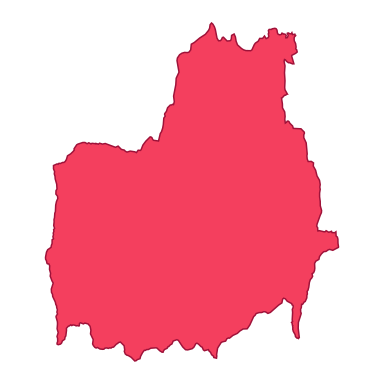 Colta, Chimborazo, Ecuador
{"feature_id": "8360857B90964740580974", "entity_name": "Colta", "entity_type": "district", "adm_level": 2, "iso_a3": "ECU", "parent_name": "Ecuador", "parent_adm1": "Chimborazo", "projection": "equal_earth", "projection_center": [-78.852, -1.798], "detail": "fine", "context": "isolated", "style": "filled", "palette": "rose", "viewbox_px": 384, "rotation_deg": 0, "n_neighbors": 0, "source": "geoboundaries", "source_scale": "gbopen_adm2", "svg_char_len": 5885}
<svg xmlns="http://www.w3.org/2000/svg" viewBox="0 0 384 384"><path d="M57.2,344.3L58.3,344.7L60.5,344.1L61.6,343.0L62.4,340.9L64.7,339.3L65.0,337.2L65.8,336.0L66.5,330.4L66.4,328.3L68.3,326.2L69.4,325.9L70.8,324.8L71.8,325.6L72.9,324.9L75.1,325.3L76.1,325.9L77.3,325.6L79.0,326.0L79.3,325.7L79.5,323.4L80.5,322.8L83.4,323.9L84.9,323.1L88.0,323.9L90.1,326.3L90.9,330.2L90.5,333.9L93.2,339.6L92.6,343.9L93.4,345.6L94.9,347.4L96.1,348.0L97.5,347.5L100.0,349.0L102.7,349.3L103.9,349.2L104.9,348.2L106.8,347.9L108.3,348.4L109.8,347.8L111.0,348.1L112.1,347.3L113.6,347.1L116.5,344.0L117.7,343.5L118.4,342.6L120.4,342.0L124.1,345.7L124.7,349.8L124.3,351.4L125.3,354.0L126.9,355.2L128.2,355.5L131.2,357.3L134.8,361.0L136.3,360.6L137.3,359.6L140.0,358.7L140.6,356.3L142.5,352.7L144.3,350.3L145.4,350.4L146.5,349.6L148.4,349.5L150.8,348.2L156.1,347.8L157.0,348.1L159.8,350.8L162.0,352.2L163.1,352.2L163.4,351.1L164.5,349.5L167.1,348.3L168.1,346.6L168.8,346.5L170.4,344.8L171.9,344.0L173.2,341.0L176.9,339.7L178.4,340.4L182.7,346.9L185.5,349.7L187.7,349.9L192.2,348.7L193.9,347.2L195.8,343.7L196.9,343.2L198.5,344.1L201.0,346.6L202.2,347.2L203.3,349.8L204.4,350.7L208.4,349.6L209.1,351.1L210.5,352.3L211.6,354.7L213.5,356.2L213.8,357.5L216.5,358.2L216.8,356.1L216.6,354.5L217.6,348.1L221.1,342.6L222.3,341.9L225.6,341.1L226.9,338.7L228.5,337.9L229.2,338.2L230.0,337.8L232.9,335.4L237.3,333.4L240.0,330.9L243.1,329.0L247.2,328.8L249.8,325.0L253.7,316.5L255.0,315.4L256.2,313.5L259.1,312.6L261.8,312.5L263.7,311.7L265.4,311.8L267.9,313.4L270.4,312.4L278.6,305.1L281.9,302.9L282.6,299.2L283.7,298.2L285.4,298.9L287.2,301.2L291.7,303.6L292.1,304.9L293.0,305.4L293.2,306.4L293.0,307.8L292.3,309.3L292.6,312.4L292.2,320.1L292.6,321.4L291.5,322.4L292.2,323.4L292.3,325.1L292.8,325.7L292.6,326.9L292.9,327.8L292.7,329.0L293.3,331.4L295.1,334.6L295.5,336.7L297.1,338.2L298.0,338.0L298.4,338.5L299.3,337.5L298.2,328.2L298.4,322.4L301.0,314.2L301.2,313.1L300.7,312.2L300.6,309.2L301.3,307.7L301.6,304.3L302.6,304.3L304.2,302.0L305.2,301.5L306.8,297.9L306.9,295.1L307.4,294.0L307.1,291.4L308.0,290.2L308.8,287.2L309.4,282.4L310.4,279.4L311.4,278.5L312.6,276.4L312.1,273.7L313.6,272.7L314.5,270.6L314.8,268.3L314.6,263.6L314.9,262.8L315.9,261.1L318.9,259.4L319.5,256.6L321.4,253.9L323.7,251.7L326.0,251.4L328.3,249.8L329.6,249.4L332.8,250.3L338.4,247.4L338.5,246.7L338.0,243.4L337.9,239.2L337.4,237.1L336.1,236.0L335.9,231.8L334.7,232.7L332.0,232.6L331.5,231.3L328.8,232.3L326.1,230.7L325.4,231.6L324.2,231.8L319.0,230.6L318.0,231.0L317.7,230.1L317.7,227.8L316.7,226.2L317.1,224.0L320.2,215.3L321.4,212.7L321.6,210.5L320.3,205.8L320.2,201.3L319.6,196.8L319.6,193.0L320.2,189.3L319.8,187.1L320.2,184.7L320.0,183.2L319.5,180.3L317.0,175.9L315.6,170.2L313.3,166.1L313.5,162.9L311.3,161.4L308.2,161.5L307.2,159.0L306.9,155.8L307.2,154.0L306.2,142.9L303.8,137.7L303.8,134.7L304.4,133.4L304.3,132.2L301.0,128.8L293.3,128.4L292.6,126.0L289.7,123.1L289.3,122.1L288.5,121.2L287.3,121.1L286.5,122.3L285.3,123.1L284.8,119.3L285.1,116.4L284.7,111.9L282.5,107.9L282.4,103.9L281.5,98.0L282.2,97.8L284.5,95.3L285.8,95.1L286.6,94.1L287.4,94.1L285.0,89.8L284.7,87.6L285.0,80.8L284.5,72.8L285.0,65.9L284.1,61.3L284.5,59.5L285.4,59.8L286.4,61.2L288.4,62.7L289.9,62.8L292.6,63.9L293.9,63.8L291.6,55.9L291.9,55.3L295.7,53.3L297.2,52.0L296.7,49.8L295.7,48.8L296.1,47.1L295.6,43.6L294.3,40.9L294.1,38.9L294.3,37.1L295.7,35.6L295.5,35.2L294.9,35.2L294.8,34.2L292.5,34.6L291.9,32.7L291.2,33.8L290.1,33.8L288.1,32.9L287.3,33.3L288.2,35.3L287.4,37.6L285.9,37.9L285.7,36.9L286.2,35.7L285.7,34.5L284.3,34.0L283.8,34.2L282.6,33.3L282.2,33.7L281.7,33.4L281.4,34.4L280.8,34.6L279.4,34.8L278.0,34.1L277.4,32.8L277.0,30.1L276.1,28.7L274.9,28.3L272.1,28.8L271.6,29.4L269.2,29.4L268.4,30.4L268.8,33.1L268.4,33.4L268.3,34.1L268.8,36.3L268.1,37.7L266.1,38.6L264.5,36.0L262.6,38.4L259.7,38.4L258.2,41.2L255.4,43.1L254.3,44.6L251.9,49.9L250.7,50.7L245.9,50.6L243.5,49.8L241.5,48.5L237.5,44.9L236.1,41.2L235.4,36.9L234.1,34.0L231.6,35.4L231.3,38.7L230.8,40.2L230.0,40.8L227.1,41.0L223.4,37.2L222.4,37.5L221.4,39.7L220.3,40.7L218.5,40.7L217.0,38.1L215.3,29.4L214.4,26.8L212.9,24.2L211.5,23.0L210.1,24.7L209.6,28.2L208.6,30.3L205.4,34.3L199.7,38.0L194.3,42.5L191.3,44.2L190.7,49.9L188.9,52.2L187.3,52.6L184.6,52.4L181.9,53.2L179.6,54.7L177.4,58.0L177.0,60.6L179.0,72.2L176.2,78.2L175.8,84.7L173.6,96.1L174.3,101.7L173.5,104.6L172.5,104.3L171.6,105.0L170.3,105.0L167.6,107.7L166.4,111.4L164.8,113.5L164.6,114.4L165.2,116.2L163.8,118.1L163.3,124.6L162.7,128.0L161.5,131.7L160.3,133.5L158.5,141.0L153.5,140.3L152.7,139.4L151.9,137.6L150.8,136.9L150.0,137.0L145.8,141.2L142.9,145.1L141.2,149.5L140.5,150.4L138.2,150.2L136.4,152.6L134.8,151.8L130.2,151.1L127.0,152.1L125.4,151.3L124.3,150.1L121.4,149.4L118.1,146.1L115.5,147.3L105.2,143.5L102.5,144.1L99.6,143.2L98.3,144.2L96.9,143.7L96.1,143.9L95.8,143.4L95.3,143.7L92.0,143.3L91.0,143.9L88.8,142.8L87.1,143.7L85.0,142.5L82.8,142.5L77.9,144.1L76.7,144.8L74.3,148.4L74.0,149.0L74.3,150.0L73.1,151.5L70.6,153.9L67.5,155.8L66.4,159.5L65.1,161.6L63.8,162.5L62.8,162.4L60.3,163.5L59.0,163.3L58.0,164.3L57.1,163.9L53.5,165.5L53.5,168.9L54.6,171.5L54.3,173.9L55.0,176.2L55.2,178.9L56.7,184.2L57.0,188.9L56.0,190.7L55.9,194.1L57.5,196.1L57.8,198.5L56.5,201.4L55.7,205.1L55.4,211.6L54.8,213.2L54.5,217.6L54.0,219.6L54.1,221.9L53.7,225.6L54.6,228.3L53.6,229.7L53.9,231.2L53.2,233.1L53.5,234.7L52.9,236.7L53.5,238.8L52.1,239.8L52.1,243.5L51.4,245.2L51.0,247.4L47.7,249.7L46.5,252.1L45.5,257.3L45.6,259.2L46.4,260.7L47.0,263.3L47.4,263.8L48.8,263.9L49.7,265.8L49.5,269.4L50.6,273.3L50.2,276.1L51.9,280.7L53.2,283.1L51.3,289.1L51.5,292.4L52.5,294.3L52.7,296.5L55.3,302.0L55.9,304.8L56.5,305.5L56.7,307.6L57.4,309.8L56.9,312.1L57.5,314.0L56.3,315.8L56.0,316.8L57.4,321.7L57.5,324.0L57.1,328.8L58.2,332.6L57.0,336.5L57.6,338.4L57.7,341.3L57.0,343.2L57.2,344.3Z" fill="#f43f5e" stroke="#9f1239" stroke-width="1.5"/></svg>